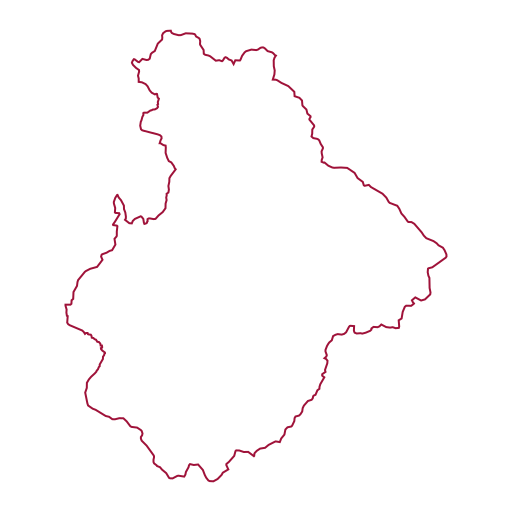 Tuong Duong, Nghệ An, Vietnam (Robinson projection)
{"feature_id": "81297802B26083936626584", "entity_name": "Tuong Duong", "entity_type": "district", "adm_level": 2, "iso_a3": "VNM", "parent_name": "Vietnam", "parent_adm1": "Nghệ An", "projection": "robinson", "projection_center": [104.534, 19.32], "detail": "fine", "context": "isolated", "style": "outline", "palette": "rose", "viewbox_px": 512, "rotation_deg": 0, "n_neighbors": 0, "source": "geoboundaries", "source_scale": "gbopen_adm2", "svg_char_len": 5976}
<svg xmlns="http://www.w3.org/2000/svg" viewBox="0 0 512 512"><path d="M446.4,254.4L444.6,250.3L442.9,247.7L438.5,245.3L436.7,243.3L433.5,241.1L426.3,238.2L423.8,235.6L421.7,232.4L414.3,223.8L411.5,222.1L408.5,222.0L407.8,221.6L404.4,216.8L401.4,213.5L399.3,208.8L397.3,205.8L389.7,202.9L388.7,201.9L386.3,197.6L382.5,193.7L371.0,187.1L368.8,184.9L364.7,185.8L363.8,185.3L362.8,181.9L357.6,178.1L354.6,172.9L347.2,167.9L340.8,167.5L334.1,167.8L332.3,167.5L328.3,165.7L324.5,162.5L323.8,162.7L321.6,161.8L321.7,160.0L322.6,157.4L321.7,153.2L321.6,151.3L322.9,148.4L322.9,147.3L320.7,143.9L319.2,140.3L318.1,139.3L316.9,138.8L313.3,138.1L311.5,136.5L312.2,133.8L312.3,129.5L313.8,127.3L314.2,126.6L314.1,125.4L309.4,119.6L309.4,118.9L310.6,117.0L310.5,116.2L307.4,113.6L306.4,109.5L302.8,106.0L302.4,105.3L302.0,100.5L299.4,97.8L294.6,96.2L294.3,91.8L288.3,86.1L281.4,82.9L277.2,80.2L275.7,79.7L272.8,79.6L274.4,74.4L274.7,70.5L273.8,66.2L273.7,60.3L274.5,57.7L275.9,55.6L275.0,55.2L273.2,53.2L271.9,52.3L267.6,51.1L264.9,48.4L263.5,47.5L262.2,47.4L260.5,47.8L257.9,49.6L256.3,50.1L251.4,49.6L246.1,51.2L244.6,52.4L242.1,55.8L240.5,59.7L239.9,60.5L235.3,60.3L233.6,64.1L231.6,60.5L228.7,59.4L227.1,57.9L225.6,57.2L224.6,57.7L222.8,60.6L222.0,61.2L219.2,60.2L215.8,60.7L210.2,56.3L208.4,55.5L205.2,54.8L203.8,53.8L203.6,50.0L200.3,45.0L200.0,44.1L200.2,41.1L199.6,38.8L198.8,38.0L196.1,36.5L195.3,34.9L194.6,34.1L192.2,33.6L185.7,33.3L180.9,35.1L178.7,35.2L173.9,34.0L171.9,33.0L171.3,32.3L170.8,30.7L167.0,30.9L165.6,31.3L163.1,33.2L162.1,35.3L162.3,37.6L162.1,39.5L157.8,43.6L154.8,51.0L152.0,52.8L150.8,54.1L149.7,58.7L148.2,59.8L146.5,60.0L142.4,58.9L139.1,62.2L138.0,61.9L134.6,59.3L133.8,59.2L132.4,61.3L131.9,62.8L133.0,64.9L136.0,67.9L139.0,70.0L139.1,71.7L138.0,75.7L138.7,78.5L138.7,81.9L141.9,82.3L145.6,84.1L147.6,86.3L149.7,90.4L151.7,92.7L154.9,94.4L156.2,93.8L157.0,94.0L157.7,97.6L158.9,98.7L157.8,102.1L158.1,104.1L157.4,104.8L158.0,106.9L157.1,108.2L154.9,109.4L152.7,109.6L151.6,110.3L150.4,110.5L147.3,112.7L143.9,112.7L143.3,113.1L143.4,115.0L142.4,116.8L141.4,120.5L140.8,121.7L140.2,125.7L141.0,129.2L142.0,130.2L143.5,130.7L157.5,134.3L160.0,135.2L161.4,136.5L161.6,138.3L160.5,140.5L159.7,143.2L160.4,143.2L163.4,145.1L165.6,145.6L165.8,147.5L165.6,152.9L167.2,157.8L168.8,161.1L171.3,162.4L173.8,165.9L174.7,168.1L175.7,169.3L170.7,175.9L169.4,178.2L169.3,181.8L168.4,186.0L168.9,189.6L168.4,192.5L166.6,193.8L166.7,195.4L166.2,197.6L166.6,200.1L165.6,203.5L165.5,208.2L162.7,212.1L158.6,215.4L155.5,218.9L153.6,219.1L149.8,218.4L148.5,218.5L147.5,219.2L147.6,221.2L147.2,221.5L147.0,222.7L145.9,223.5L144.4,223.9L143.9,222.7L143.3,218.9L141.5,216.7L140.7,216.3L134.9,218.9L132.8,220.9L131.8,223.4L129.3,223.2L125.0,219.8L125.8,218.6L125.9,216.6L125.3,212.5L124.0,209.1L123.9,205.6L121.0,200.2L118.7,197.5L117.5,194.9L117.1,195.0L115.3,197.8L113.8,202.0L113.9,203.5L115.2,208.0L114.9,212.4L115.4,212.9L119.2,213.2L119.6,214.2L114.9,221.8L113.0,224.5L113.2,225.1L116.8,225.6L117.4,226.2L116.8,231.5L116.8,235.5L116.6,236.4L114.5,238.8L115.4,244.6L112.1,250.2L109.6,250.9L106.6,252.7L102.1,254.3L101.6,254.8L101.1,256.6L102.5,259.8L97.1,266.9L90.2,268.8L85.8,271.1L84.8,271.9L78.1,280.1L77.5,282.0L77.0,285.9L73.5,292.0L73.2,298.9L71.6,300.3L71.4,303.8L70.4,304.7L65.5,304.7L65.5,305.7L66.6,309.5L66.4,312.6L66.9,315.8L67.7,316.1L67.2,322.6L68.2,324.2L69.7,325.2L82.2,330.5L83.7,331.9L85.0,333.9L86.0,333.0L87.6,333.0L88.0,334.2L88.5,334.4L90.8,334.7L91.4,335.6L91.8,337.7L93.4,338.0L94.6,339.2L96.0,339.7L97.3,341.8L98.9,342.0L100.3,343.6L100.6,345.5L101.9,345.5L102.2,347.2L101.9,347.8L100.9,348.1L101.0,349.0L102.2,350.5L104.9,352.5L105.0,353.3L104.3,354.0L104.1,355.2L103.0,356.7L102.9,359.0L99.7,364.5L99.7,366.2L98.8,367.1L97.9,369.4L96.7,370.6L96.4,371.6L94.8,373.4L91.1,376.8L88.9,379.4L86.9,382.8L86.8,387.9L85.2,392.6L87.4,403.4L88.1,405.5L92.7,408.7L95.6,409.8L105.7,416.0L109.1,416.8L112.3,419.2L114.9,419.3L119.3,418.2L123.4,418.3L126.7,421.4L130.3,426.2L131.5,426.9L137.1,427.6L140.9,430.1L141.7,431.0L142.5,433.5L142.1,435.3L140.9,437.0L140.9,438.7L141.7,440.7L146.6,445.6L153.6,455.3L154.0,456.2L154.0,457.4L153.5,459.7L153.5,462.0L154.1,463.4L156.7,465.4L157.0,466.0L160.0,467.2L162.0,469.6L166.2,473.1L169.1,477.9L170.1,478.3L172.6,478.4L177.3,475.9L178.5,475.7L184.2,476.6L185.4,474.6L185.9,472.0L188.5,467.3L189.0,465.3L190.0,464.1L193.8,465.0L198.1,464.5L202.9,470.0L204.8,475.0L206.2,477.7L208.4,480.5L209.7,481.1L213.4,481.3L217.6,479.0L221.6,474.9L222.8,472.7L228.3,469.4L226.3,465.0L226.4,464.0L228.9,461.9L234.2,455.9L235.5,451.1L236.2,450.4L239.3,450.5L243.8,452.0L248.2,451.9L253.9,456.2L254.2,455.9L254.4,453.6L254.8,452.9L256.8,450.8L260.1,448.6L265.1,447.8L268.6,444.9L274.7,441.8L275.7,441.4L279.8,442.1L281.2,438.5L284.4,434.6L285.4,429.5L287.5,427.3L291.3,426.5L292.1,425.7L294.3,421.1L294.6,418.1L295.5,416.5L299.0,415.6L300.4,414.3L302.2,411.5L302.7,408.1L303.9,405.6L307.9,401.0L311.6,399.8L312.7,398.4L313.2,396.2L313.7,395.6L315.5,394.8L317.4,390.3L319.4,388.8L319.5,386.8L320.3,384.2L324.3,377.3L322.4,375.9L322.1,375.1L322.3,374.1L325.5,371.9L325.0,370.0L327.3,363.3L327.5,360.7L326.1,359.0L324.5,358.2L326.3,356.6L326.8,355.1L325.5,351.5L325.5,349.9L327.0,346.0L328.1,344.1L329.2,342.5L331.8,340.3L333.1,336.1L335.4,334.8L337.7,334.1L341.7,334.6L344.1,333.9L346.1,332.3L348.9,327.0L349.7,326.0L350.4,325.8L354.1,326.1L353.9,330.5L354.2,331.7L354.7,332.7L356.7,333.5L360.5,333.2L362.3,333.6L365.7,332.7L370.2,330.8L371.4,329.6L371.4,328.5L373.5,326.9L377.6,327.2L379.4,326.4L381.3,324.5L386.2,327.1L390.1,327.6L392.7,327.2L395.6,328.2L398.8,327.9L399.2,326.5L398.7,320.3L401.6,318.5L402.7,311.9L404.8,306.8L406.2,305.7L411.2,305.8L413.7,303.9L414.0,303.5L412.9,302.3L411.9,300.3L415.3,297.4L421.1,300.5L425.0,299.4L430.2,294.4L430.5,292.5L429.6,288.0L429.4,277.9L428.4,275.7L427.7,272.2L428.0,268.7L428.4,268.3L432.3,267.3L445.7,257.7L446.5,256.5L446.4,254.4Z" fill="none" stroke="#9f1239" stroke-width="2"/></svg>